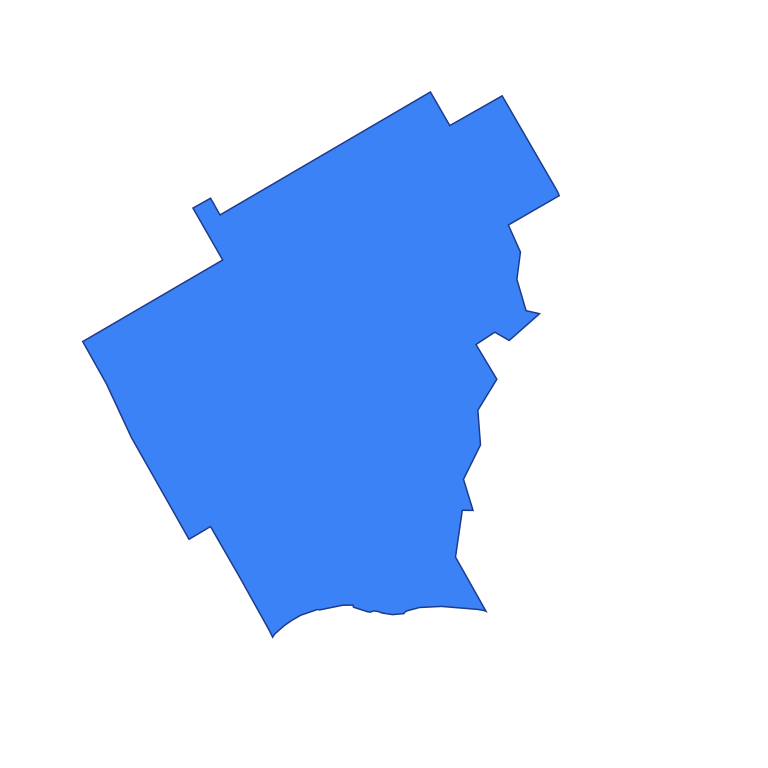 outline of Warrick, Indiana, United States of America, rotated 330°
{"feature_id": "52423323B97453793122167", "entity_name": "Warrick", "entity_type": "district", "adm_level": 2, "iso_a3": "USA", "parent_name": "United States of America", "parent_adm1": "Indiana", "projection": "natural_earth1", "projection_center": [-87.298, 38.062], "detail": "fine", "context": "isolated", "style": "filled", "palette": "blue", "viewbox_px": 768, "rotation_deg": 330, "n_neighbors": 0, "source": "geoboundaries", "source_scale": "gbopen_adm2", "svg_char_len": 939}
<svg xmlns="http://www.w3.org/2000/svg" viewBox="0 0 768 768"><g transform="rotate(330 384 384)"><path d="M306.5,136.1L306.3,195.9L265.1,196.1L144.3,196.6L143.7,245.0L138.5,303.9L138.0,362.7L137.5,421.0L162.5,420.7L162.4,480.0L161.5,538.6L161.0,547.6L161.8,547.1L164.7,545.8L176.5,543.4L185.5,542.6L196.3,542.6L213.6,546.0L215.2,547.4L225.9,551.0L237.8,555.0L245.9,559.6L246.3,559.8L246.7,560.3L246.0,561.8L246.4,562.5L255.8,572.9L258.0,574.7L261.6,575.3L265.5,578.4L267.8,581.3L276.1,588.0L286.4,592.8L287.7,592.0L290.3,591.9L303.0,595.3L321.9,605.0L322.2,605.1L352.5,626.1L357.4,630.2L358.7,631.9L359.4,569.6L388.7,532.5L397.9,538.0L405.2,506.3L437.1,485.0L452.2,453.6L484.1,436.3L483.4,395.8L505.8,394.5L514.2,408.9L553.8,400.9L543.7,391.5L551.4,359.8L568.1,338.0L571.2,308.5L629.9,308.5L630.5,303.5L630.4,193.5L570.2,193.1L570.2,154.3L326.5,155.6L326.7,136.4L306.5,136.1Z" fill="#3b82f6" stroke="#1e3a8a" stroke-width="1.5"/></g></svg>